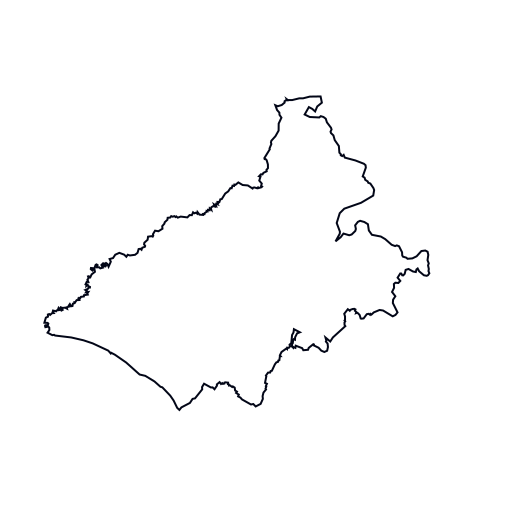 outline of Tegal, Jawa Tengah, Indonesia, rotated 205°
{"feature_id": "22746128B39713682939315", "entity_name": "Tegal", "entity_type": "district", "adm_level": 2, "iso_a3": "IDN", "parent_name": "Indonesia", "parent_adm1": "Jawa Tengah", "projection": "orthographic", "projection_center": [109.163, -7.056], "detail": "fine", "context": "isolated", "style": "outline", "palette": "ink", "viewbox_px": 512, "rotation_deg": 205, "n_neighbors": 0, "source": "geoboundaries", "source_scale": "gbopen_adm2", "svg_char_len": 6142}
<svg xmlns="http://www.w3.org/2000/svg" viewBox="0 0 512 512"><g transform="rotate(205 256 256)"><path d="M294.4,411.1L293.5,410.3L294.8,409.7L295.5,408.3L294.9,407.1L296.5,403.7L299.6,400.9L302.2,400.8L298.6,397.2L295.4,395.8L294.4,393.9L291.4,392.1L291.4,385.6L288.5,379.2L289.0,372.8L290.8,366.9L290.4,365.1L289.4,364.0L289.2,359.2L288.6,358.5L289.8,348.3L289.1,347.5L288.3,347.9L286.8,347.3L283.9,344.0L282.3,340.7L282.9,338.4L282.1,337.3L284.4,334.5L284.6,332.7L286.1,332.1L286.9,329.6L285.5,329.9L284.9,325.7L281.4,324.1L281.0,321.7L279.8,321.5L280.1,320.6L282.8,318.3L283.3,318.9L284.0,317.8L286.3,317.5L287.4,316.8L287.6,315.7L293.2,316.5L298.1,314.7L303.1,315.2L304.7,311.8L305.8,311.6L305.5,310.2L307.0,309.8L306.7,307.1L307.9,306.7L308.5,302.8L310.3,299.6L311.1,293.1L312.3,292.3L312.0,289.5L313.6,288.8L312.7,287.9L313.7,287.2L312.8,286.6L314.0,286.5L314.4,285.8L313.4,284.6L315.8,285.0L314.2,283.4L315.9,283.1L317.0,281.4L317.0,280.1L316.1,279.0L318.1,279.6L317.5,277.8L319.1,277.5L318.7,276.0L319.8,275.9L319.5,275.1L320.7,273.1L320.4,272.2L321.7,271.7L321.3,270.9L324.7,269.6L327.6,271.1L327.2,269.5L328.8,269.8L330.0,268.6L331.5,269.0L331.4,265.9L333.5,265.0L334.5,262.0L340.9,259.9L343.1,257.7L345.0,258.2L345.4,257.3L346.9,257.6L348.1,256.4L349.7,256.3L350.0,254.6L352.2,253.3L351.6,251.4L353.0,248.0L352.7,246.6L353.6,243.4L352.3,241.2L354.9,237.2L358.2,236.3L358.6,232.2L357.7,231.0L357.8,229.9L359.1,229.8L362.0,227.9L361.1,224.9L362.8,220.9L362.4,219.3L360.7,218.3L360.6,217.4L362.6,215.4L362.4,213.3L363.8,213.7L365.3,212.7L364.7,208.8L366.1,206.0L370.5,203.2L372.8,202.9L373.2,200.5L376.0,201.5L381.2,201.1L384.1,197.7L384.7,193.7L387.4,191.4L385.2,189.5L385.1,184.0L387.3,186.0L389.0,186.3L389.6,184.9L387.9,183.8L388.0,182.9L389.1,182.6L390.3,183.4L390.6,185.0L391.5,184.8L392.3,182.5L389.9,180.7L391.9,179.0L393.3,179.5L395.4,178.5L395.7,180.8L397.0,181.0L397.6,180.2L397.3,176.5L400.5,175.4L400.2,174.3L398.1,173.7L397.7,175.7L396.8,175.7L395.3,173.6L397.2,169.9L397.2,166.7L399.0,167.0L399.6,166.5L398.3,165.1L398.8,163.4L397.0,161.6L398.5,161.1L398.5,158.3L397.5,158.4L397.1,157.2L396.4,158.8L395.5,157.9L393.4,157.8L393.2,157.2L394.4,156.6L394.5,155.1L396.3,153.1L394.5,152.8L394.7,151.3L392.8,152.5L393.1,150.7L392.2,149.9L395.3,147.8L394.9,146.6L397.4,145.0L397.6,142.9L398.8,143.2L399.1,142.6L397.6,141.4L399.9,140.2L400.3,137.9L401.1,137.4L400.5,136.6L401.8,135.4L401.2,133.1L402.2,132.4L404.4,133.8L404.7,132.1L403.3,131.8L405.9,129.5L405.0,128.4L407.2,128.5L409.3,127.2L411.1,127.0L410.8,126.2L408.5,125.4L409.3,124.3L413.0,125.7L412.9,124.2L412.0,123.5L413.7,122.4L413.8,121.4L416.9,120.8L416.7,119.7L415.2,118.8L416.7,118.0L417.7,115.6L418.9,116.0L419.9,115.0L418.9,113.1L420.4,111.3L419.6,106.1L416.6,107.3L415.6,106.9L415.5,105.4L417.6,104.2L417.7,103.5L416.8,102.5L414.3,104.3L413.1,103.7L412.0,101.6L412.5,98.4L407.1,98.2L405.7,99.2L404.5,99.0L389.0,104.1L376.7,106.7L367.1,107.8L349.9,107.8L346.5,106.3L346.4,107.1L342.1,106.9L328.7,104.6L311.4,99.4L305.7,100.6L295.0,99.4L287.3,97.1L285.4,97.4L274.7,93.2L269.6,90.2L263.3,85.1L260.4,84.1L259.6,87.3L253.8,94.9L253.1,99.7L251.1,101.2L248.4,112.4L249.5,114.4L249.1,118.3L241.3,117.8L239.8,118.6L237.3,117.7L236.6,122.0L237.2,123.1L235.7,126.3L233.6,125.2L232.9,126.5L232.0,126.1L230.8,127.0L231.1,127.9L230.5,128.5L227.8,129.4L227.0,127.2L226.9,128.4L225.7,127.2L225.2,127.8L222.2,127.2L221.9,128.0L219.7,127.7L218.1,125.3L215.9,125.0L216.2,123.5L213.0,123.1L212.9,121.2L210.3,121.1L208.1,120.1L197.8,119.3L195.9,120.7L192.7,119.5L189.3,123.9L189.4,129.4L190.8,131.8L191.5,135.4L190.5,139.3L191.3,139.8L191.5,142.0L192.1,142.2L192.1,144.8L194.2,144.8L195.8,151.3L196.5,151.8L195.8,155.4L193.9,156.4L194.1,157.9L193.1,158.7L193.1,165.8L192.6,168.2L191.3,169.4L191.6,170.7L190.8,171.4L192.0,175.3L191.4,175.6L192.4,176.1L192.3,179.8L189.4,185.0L188.5,184.8L189.0,186.1L187.5,186.6L187.0,188.3L188.1,189.8L187.2,191.9L189.9,199.6L189.7,202.6L190.7,205.7L184.0,205.4L186.1,203.2L186.2,198.9L185.3,196.6L186.6,196.6L186.7,195.3L185.9,192.7L186.5,192.3L185.5,190.3L185.8,189.3L183.5,188.6L183.7,189.3L181.5,189.4L182.1,191.5L175.2,192.0L173.3,190.6L169.2,193.0L169.4,195.0L166.8,200.3L166.1,200.3L165.7,199.4L160.5,199.3L156.8,197.8L153.5,197.9L151.5,200.2L152.3,203.9L154.1,206.9L156.5,208.0L156.5,209.0L158.6,211.5L152.6,209.9L151.9,214.7L145.4,230.2L146.6,230.9L147.7,233.1L147.5,234.5L148.5,235.0L148.3,235.7L149.8,238.9L151.6,240.9L150.3,246.6L147.9,246.0L147.8,247.0L146.0,248.8L144.5,249.7L143.3,249.6L143.3,248.2L141.3,247.6L141.2,246.5L140.4,247.3L139.3,247.2L137.1,246.3L134.7,243.6L133.8,243.8L132.1,244.9L131.0,250.1L129.5,251.2L127.8,250.9L127.8,251.9L126.6,251.7L125.4,254.7L121.2,259.3L117.8,260.3L106.6,259.1L104.7,261.5L103.9,264.7L112.1,271.2L113.3,274.4L112.7,278.4L117.5,280.9L117.4,285.5L119.2,288.9L118.4,290.7L115.6,291.7L114.7,294.4L118.5,296.2L117.9,301.1L116.9,301.5L115.3,300.3L114.4,300.6L113.7,302.7L114.5,306.7L112.3,308.7L107.2,308.3L104.4,309.0L104.9,311.6L104.2,313.0L101.7,311.1L95.7,309.5L92.9,310.2L92.0,311.3L91.6,313.6L93.3,315.2L93.9,317.3L96.1,320.2L96.3,322.3L98.8,324.7L100.3,329.8L102.3,332.4L104.9,332.5L108.2,330.4L110.3,323.6L113.3,319.9L117.5,317.5L119.0,318.0L122.5,317.5L123.7,318.3L125.2,321.1L130.5,325.3L132.9,325.1L134.1,323.8L137.8,323.5L146.0,325.9L151.1,326.4L159.9,324.2L164.5,326.8L168.0,332.1L172.2,332.6L176.5,331.9L178.1,330.0L179.1,325.7L176.9,322.7L176.6,320.6L178.4,315.9L180.3,314.2L186.2,313.3L187.2,308.8L190.1,302.9L189.5,311.6L190.2,313.5L196.8,320.0L198.2,330.2L196.0,336.2L183.3,348.6L175.3,360.3L176.8,365.7L178.3,367.2L183.0,370.0L185.2,369.8L186.3,370.8L189.2,371.2L190.7,372.9L192.9,373.2L193.8,382.5L195.1,384.6L197.2,385.2L206.3,384.6L217.1,382.7L219.3,384.7L220.1,383.0L221.7,383.1L222.0,384.0L224.1,384.9L227.4,390.7L233.6,394.3L236.8,398.0L240.0,399.1L241.0,400.2L241.0,402.6L242.2,403.9L248.2,407.1L250.8,409.9L253.6,410.5L256.4,410.1L257.2,408.3L266.0,404.7L271.7,404.8L271.0,413.3L267.2,413.1L263.5,412.0L263.7,417.4L261.1,422.8L264.9,427.9L274.6,423.2L280.1,418.7L283.4,417.2L289.0,412.7L293.0,410.8L294.4,411.1Z" fill="none" stroke="#020617" stroke-width="2"/></g></svg>